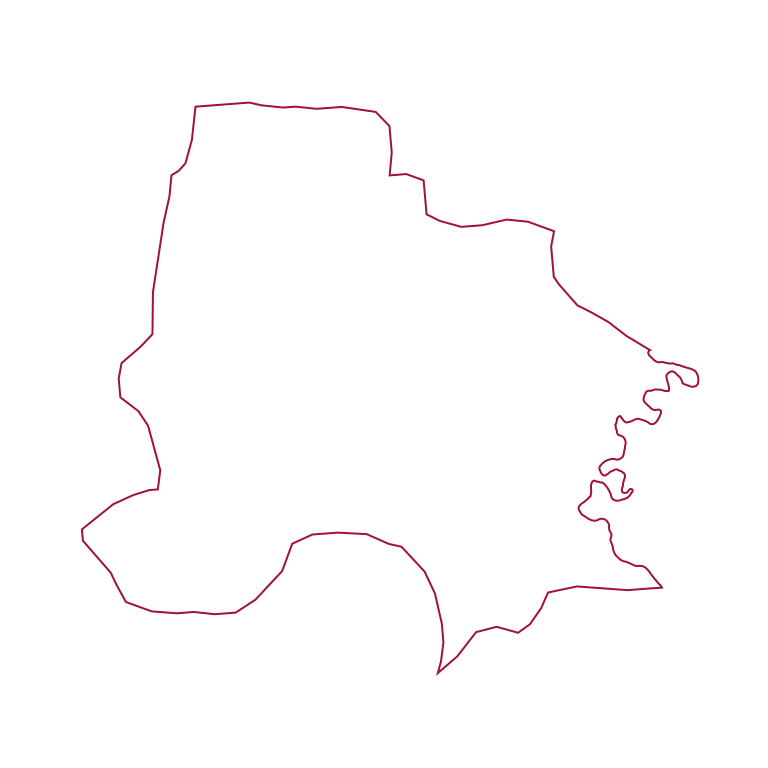 outline of Samsu, Ryanggang, North Korea, rotated 85°
{"feature_id": "82179303B33326321250637", "entity_name": "Samsu", "entity_type": "district", "adm_level": 2, "iso_a3": "PRK", "parent_name": "North Korea", "parent_adm1": "Ryanggang", "projection": "mercator", "projection_center": [128.058, 41.242], "detail": "fine", "context": "isolated", "style": "outline", "palette": "rose", "viewbox_px": 768, "rotation_deg": 85, "n_neighbors": 0, "source": "geoboundaries", "source_scale": "gbopen_adm2", "svg_char_len": 6114}
<svg xmlns="http://www.w3.org/2000/svg" viewBox="0 0 768 768"><g transform="rotate(85 384 384)"><path d="M611.1,124.9L610.4,125.2L609.5,125.7L608.5,126.3L605.9,128.5L603.4,130.1L601.4,131.6L597.6,134.0L595.2,135.5L593.1,136.7L591.2,138.2L590.5,138.8L589.9,139.4L589.3,140.1L587.8,142.7L587.6,144.6L587.4,145.4L587.3,146.5L587.4,147.5L587.3,148.3L587.2,149.0L586.9,149.7L586.0,151.3L585.6,152.2L584.5,153.8L583.6,155.9L582.6,157.3L582.2,158.1L581.9,159.4L581.4,160.8L581.0,161.7L579.8,163.6L576.1,167.0L574.5,168.2L572.8,169.0L571.9,169.4L570.1,169.9L569.2,170.1L565.0,170.5L562.7,171.1L560.2,171.9L559.5,172.1L558.2,171.9L555.5,170.8L553.4,170.5L550.2,171.8L549.2,172.3L546.4,172.3L545.1,172.1L544.3,172.1L542.9,172.3L541.8,172.8L539.9,174.0L539.4,174.4L538.8,174.9L538.2,175.7L537.3,178.0L537.2,179.0L537.2,179.8L537.2,180.6L538.5,184.0L538.6,186.0L538.2,187.9L538.0,188.7L536.5,191.4L536.2,192.0L535.4,192.9L535.0,193.6L533.9,194.7L532.0,197.4L530.9,198.4L530.3,198.8L529.6,199.3L528.8,199.6L528.1,200.0L526.4,200.7L525.7,200.9L524.2,200.9L523.7,200.8L522.6,200.1L521.4,198.9L520.4,197.6L519.1,195.3L518.7,194.3L518.2,193.9L516.4,191.2L515.9,190.8L515.5,190.4L514.5,189.1L513.9,188.1L513.4,187.9L512.4,187.8L511.3,187.4L509.8,187.0L508.5,186.9L507.5,187.0L506.9,186.8L506.1,186.9L503.8,186.7L501.5,186.2L500.9,185.9L499.6,185.1L498.7,183.9L498.7,182.5L499.0,181.9L499.4,181.2L500.1,179.1L500.2,178.5L500.8,177.5L501.0,175.6L501.4,175.0L502.4,173.6L503.0,173.1L503.6,172.5L504.4,172.1L505.3,171.6L506.9,170.5L509.6,169.2L513.2,167.8L514.9,167.6L517.1,167.1L517.8,166.8L518.4,166.3L519.0,165.8L519.5,165.1L520.0,164.3L520.4,163.0L520.6,161.2L520.6,160.2L520.5,159.3L520.0,157.2L519.7,155.5L519.4,154.3L519.2,153.2L518.0,150.7L516.4,148.9L515.8,148.3L513.7,146.9L513.3,146.2L512.8,145.8L511.4,145.6L510.8,145.8L510.2,146.8L510.1,147.5L510.1,148.1L510.6,148.8L512.2,150.2L512.9,150.9L513.3,151.7L513.5,152.5L513.5,154.1L513.1,155.2L512.7,155.7L512.1,156.0L511.4,156.2L510.7,156.4L508.5,156.0L507.1,155.1L506.4,154.9L505.7,154.7L505.0,154.7L501.8,153.9L501.0,153.4L500.1,153.1L498.6,152.4L497.4,152.0L496.1,152.0L495.3,152.1L494.6,152.3L493.6,152.9L492.6,154.1L492.1,154.7L491.6,155.3L491.0,156.6L490.8,157.2L490.4,157.8L489.9,158.3L489.5,158.9L489.4,159.5L489.4,160.1L489.4,161.0L489.6,162.0L490.1,162.9L490.7,165.0L491.2,166.1L491.6,166.9L492.2,167.6L492.8,168.4L493.4,169.5L494.3,171.3L494.4,172.3L494.3,173.2L493.8,173.8L493.0,174.6L492.2,175.1L490.7,175.8L489.6,176.1L488.7,176.5L487.8,176.7L487.0,176.8L486.0,176.7L485.2,176.3L484.3,175.6L483.7,174.9L483.1,174.4L481.1,172.0L480.3,170.7L480.0,169.4L479.7,168.7L479.3,168.2L479.1,167.3L479.1,166.6L478.9,165.7L478.5,164.7L478.4,163.6L478.5,162.7L479.2,159.8L479.5,159.0L479.7,158.1L479.7,157.3L479.5,156.4L479.3,155.6L478.9,154.9L478.5,154.1L477.9,153.2L477.2,152.5L475.5,151.6L473.8,151.1L472.8,150.9L469.4,149.7L467.3,149.4L464.6,148.5L463.7,148.4L462.7,148.4L461.4,148.5L459.7,149.0L459.0,149.4L457.4,150.6L456.6,151.8L455.9,153.1L455.7,153.7L455.6,154.3L455.3,154.9L454.9,155.3L454.3,155.6L453.0,156.0L450.8,156.1L450.1,156.4L448.6,156.8L447.7,156.8L446.9,156.9L445.4,156.8L445.0,157.2L443.4,156.2L442.6,155.9L440.4,155.1L439.4,155.0L438.8,154.8L437.6,153.9L436.5,152.2L436.4,151.8L437.1,151.1L437.8,150.6L438.6,150.3L439.8,149.4L440.8,148.9L442.2,147.8L442.9,147.1L443.2,146.6L443.5,145.0L443.3,144.0L443.1,143.0L443.0,142.3L442.6,140.6L442.2,139.8L442.0,139.1L441.2,137.0L440.7,134.2L440.8,133.4L441.4,132.1L442.6,129.0L443.7,126.6L444.7,124.9L445.7,123.9L446.5,123.0L447.1,122.0L447.4,121.0L447.4,119.9L447.2,118.8L446.9,118.0L446.0,116.6L445.3,116.0L444.2,114.8L442.6,113.8L442.0,113.3L440.7,112.4L437.4,110.8L436.6,110.6L435.5,110.4L434.6,110.7L434.2,111.2L433.6,111.9L433.4,112.7L433.4,113.7L433.5,114.5L433.6,115.8L433.5,116.8L433.2,117.6L432.8,118.2L432.4,119.1L431.0,120.6L429.5,121.8L428.9,122.5L427.2,123.9L426.6,124.6L425.9,125.2L425.0,125.7L423.6,126.5L423.1,126.7L422.5,126.9L421.7,126.8L419.8,126.3L418.3,125.7L416.7,124.8L416.1,124.3L414.8,123.6L414.1,122.5L413.9,121.9L413.7,121.1L413.7,120.5L414.0,119.8L414.0,118.9L413.9,118.0L413.3,115.8L413.1,114.7L413.1,113.8L413.3,112.4L413.8,108.8L415.3,105.1L415.9,101.2L415.6,100.9L414.9,100.7L413.0,100.4L411.9,100.4L405.8,101.5L402.4,102.0L400.8,102.0L400.2,101.9L398.9,101.0L398.3,100.4L397.2,98.8L396.7,97.8L396.5,96.7L396.5,95.7L396.8,95.0L397.2,94.2L397.9,93.2L398.6,92.5L399.5,91.9L401.8,89.8L402.7,89.0L403.7,88.2L405.6,87.4L407.0,87.0L408.8,86.7L409.5,86.1L410.1,85.4L413.5,78.0L413.6,77.1L413.7,76.3L413.7,75.5L413.5,74.6L412.9,73.0L412.3,72.3L411.0,71.2L408.8,70.7L407.5,70.5L405.4,70.4L403.7,70.5L400.5,71.5L399.0,72.3L398.5,72.7L397.9,73.2L397.1,74.2L396.7,75.1L395.7,76.9L394.6,79.6L394.3,80.6L391.9,86.4L391.2,87.5L390.8,88.8L390.6,90.0L389.5,92.5L388.6,94.1L388.6,96.4L388.5,97.4L388.3,98.5L387.5,101.4L386.8,103.3L386.5,104.3L386.3,105.5L386.3,106.4L386.4,107.4L386.4,108.3L385.8,110.0L385.3,111.0L384.6,111.9L383.3,113.3L380.7,115.4L379.6,116.4L378.4,117.4L376.8,118.0L376.0,118.1L375.3,117.9L374.6,117.4L373.9,117.2L373.4,116.6L373.3,116.2L372.4,117.5L357.1,138.5L341.7,155.2L330.2,172.0L322.5,184.5L299.6,201.3L292.0,205.5L261.7,205.5L246.6,201.3L234.9,226.4L230.9,247.4L234.4,272.4L234.2,293.3L226.4,314.2L218.7,326.8L184.6,326.8L176.8,343.5L176.7,360.2L154.0,356.1L127.5,356.1L112.2,368.6L104.3,402.0L104.0,427.1L100.0,448.0L99.8,460.5L95.8,481.3L91.9,493.8L91.3,547.6L124.1,554.1L146.9,562.6L153.7,569.9L157.5,577.5L178.1,581.3L204.5,589.6L272.5,606.2L314.1,610.3L325.3,622.8L340.3,643.6L355.4,647.8L374.3,647.8L389.6,631.1L404.9,622.7L450.4,614.4L469.3,618.5L469.2,626.9L472.8,643.5L480.2,664.3L502.5,697.6L513.9,697.6L548.3,672.6L559.7,668.4L578.7,660.1L590.3,635.1L594.4,610.1L594.5,593.4L598.6,572.6L598.8,551.7L587.7,530.9L561.5,501.8L535.1,489.3L527.7,468.4L528.0,443.4L532.1,414.2L543.7,393.3L547.6,380.8L574.4,359.9L597.2,351.5L627.5,347.3L646.5,347.3L665.3,351.4L676.7,355.6L661.7,334.7L639.2,313.9L635.7,293.0L643.5,272.1L636.0,259.5L621.0,247.0L606.0,238.7L602.5,209.4L610.6,159.2L610.8,138.3L611.1,124.9Z" fill="none" stroke="#9f1239" stroke-width="2"/></g></svg>